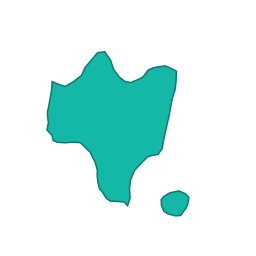 the district of Sadarak District, Şərur, Azerbaijan, rotated 118°
{"feature_id": "54616110B79964383852369", "entity_name": "Sadarak District", "entity_type": "district", "adm_level": 2, "iso_a3": "AZE", "parent_name": "Azerbaijan", "parent_adm1": "Şərur", "projection": "albers", "projection_center": [44.899, 39.696], "detail": "fine", "context": "isolated", "style": "filled", "palette": "teal", "viewbox_px": 256, "rotation_deg": 118, "n_neighbors": 0, "source": "geoboundaries", "source_scale": "gbopen_adm2", "svg_char_len": 1129}
<svg xmlns="http://www.w3.org/2000/svg" viewBox="0 0 256 256"><g transform="rotate(118 128 128)"><path d="M196.8,91.9L188.8,93.3L180.7,98.3L172.1,101.5L162.1,102.3L153.1,99.9L144.2,97.1L141.6,94.6L137.2,89.0L130.2,88.2L123.2,90.5L116.1,92.5L105.8,95.4L97.4,97.6L91.0,99.7L81.8,102.6L71.9,104.5L65.1,107.1L55.1,111.9L55.2,118.2L55.6,124.3L59.9,130.1L63.2,134.1L67.4,137.4L76.2,138.8L80.1,141.6L86.6,146.9L88.4,152.3L87.0,160.0L83.1,168.1L76.2,175.4L71.6,184.4L75.8,190.2L85.8,192.4L94.8,194.3L103.7,193.8L112.7,197.9L120.6,202.8L122.0,209.0L122.6,216.8L127.3,214.6L132.3,212.6L140.1,210.2L145.6,208.3L151.7,206.7L156.0,204.1L160.7,200.8L167.8,198.6L170.2,191.7L174.2,188.1L173.7,183.9L172.1,179.8L170.1,175.7L167.2,171.7L165.2,167.5L163.3,163.1L165.2,156.7L167.3,149.7L171.1,144.7L173.2,141.4L179.6,135.3L184.3,133.0L189.8,129.3L195.1,124.7L196.4,120.9L200.2,114.3L200.9,109.4L197.7,102.7L195.2,96.8L196.8,91.9ZM180.7,62.1L184.7,57.2L185.1,52.3L183.2,44.6L180.4,40.4L171.4,39.2L167.4,39.4L160.7,41.7L159.1,46.4L159.7,53.6L165.6,60.6L171.4,64.1L175.6,65.1L180.7,62.1Z" fill="#14b8a6" stroke="#0f766e" stroke-width="1.5"/></g></svg>